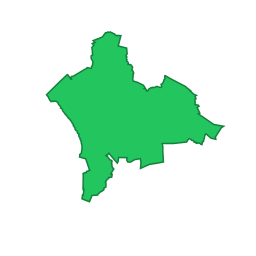 the district of Salinas Victoria, Nuevo León, Mexico, rotated 22°
{"feature_id": "50627088B71120151687353", "entity_name": "Salinas Victoria", "entity_type": "district", "adm_level": 2, "iso_a3": "MEX", "parent_name": "Mexico", "parent_adm1": "Nuevo León", "projection": "mercator", "projection_center": [-100.308, 26.122], "detail": "fine", "context": "isolated", "style": "filled", "palette": "green", "viewbox_px": 256, "rotation_deg": 22, "n_neighbors": 0, "source": "geoboundaries", "source_scale": "gbopen_adm2", "svg_char_len": 5584}
<svg xmlns="http://www.w3.org/2000/svg" viewBox="0 0 256 256"><g transform="rotate(22 128 128)"><path d="M206.1,92.6L187.8,88.5L189.0,87.3L184.4,83.0L185.7,81.2L184.7,80.5L182.9,80.8L181.6,81.3L179.3,76.2L180.1,75.5L178.3,73.5L179.2,72.1L176.4,72.1L172.6,70.6L172.4,70.6L172.1,70.6L172.3,70.1L168.4,68.9L168.2,68.9L165.9,68.0L149.4,66.4L142.8,65.5L142.6,65.9L143.0,66.8L143.0,67.1L143.9,68.1L143.8,68.7L143.3,69.2L143.4,70.7L143.6,71.3L143.4,72.8L143.1,74.0L142.3,75.2L143.4,76.3L143.7,77.2L143.3,78.1L142.4,78.2L142.1,78.4L140.8,78.6L139.9,78.5L139.2,78.6L138.6,79.2L138.3,79.3L138.0,80.0L137.4,80.6L135.8,80.9L135.2,81.8L134.7,81.7L134.0,82.3L132.6,84.3L132.4,86.2L131.3,86.7L131.1,86.7L130.9,86.3L130.5,85.5L129.3,85.1L128.4,85.3L128.9,84.5L126.4,82.6L119.9,82.1L115.0,82.5L114.1,80.9L114.0,80.2L113.7,79.5L113.3,78.6L113.4,78.1L113.2,77.8L112.9,77.1L112.9,76.4L112.5,76.0L112.8,75.0L111.8,73.9L111.0,73.5L110.7,72.9L109.8,72.8L109.6,71.0L109.7,70.3L109.2,69.7L108.6,69.3L107.7,68.6L106.8,68.3L106.1,68.4L105.1,68.8L104.7,68.8L104.3,69.0L104.2,68.3L104.1,67.9L103.5,67.1L102.4,66.6L101.4,66.3L101.6,65.6L101.5,65.0L100.9,64.7L100.4,64.2L100.2,63.7L100.4,63.3L100.4,62.6L99.4,62.2L99.0,61.7L99.5,59.7L96.8,54.4L88.2,55.6L86.8,45.1L86.5,45.3L86.0,45.3L85.7,45.6L85.3,45.7L85.2,45.6L84.9,45.6L84.1,45.8L83.8,46.0L83.6,46.5L83.3,46.6L82.7,46.4L82.3,46.6L82.0,46.7L81.5,46.6L80.7,46.0L80.0,45.8L79.8,45.9L79.5,45.8L79.1,46.0L78.6,45.9L78.4,45.9L78.1,45.7L77.9,45.7L77.6,45.8L77.4,45.7L77.2,45.8L76.9,45.8L76.7,45.8L76.3,45.8L75.7,45.5L75.0,46.1L74.3,46.4L74.0,46.4L73.4,46.7L73.2,46.7L73.2,46.8L73.1,47.2L72.9,47.3L72.7,47.6L72.4,47.7L72.0,47.7L71.9,47.8L71.5,48.0L71.4,48.2L70.2,53.1L67.8,55.5L62.9,60.0L65.5,61.1L64.0,62.1L63.2,63.2L65.3,63.8L64.3,66.8L66.1,69.9L67.0,72.0L67.4,72.5L67.4,72.9L67.8,73.5L66.8,75.0L67.9,77.4L70.8,79.9L71.5,83.3L71.6,83.5L71.2,84.6L71.5,85.6L71.7,86.5L67.5,87.3L67.5,88.0L66.6,89.1L65.5,90.4L57.7,100.7L56.7,101.0L56.2,101.9L56.3,102.2L56.2,102.4L56.3,102.6L56.5,103.2L57.4,103.7L57.5,103.9L57.1,104.2L52.5,101.4L52.4,101.3L52.0,101.3L51.7,101.3L47.4,110.5L40.0,127.7L41.2,128.5L42.1,128.8L44.8,131.3L46.9,132.4L47.1,132.2L47.9,131.5L48.2,131.5L48.6,131.5L48.8,131.1L49.2,131.0L49.4,130.9L49.6,130.9L49.9,130.7L50.1,130.5L50.6,130.3L51.0,130.2L51.1,130.3L51.5,130.2L51.7,130.3L53.0,130.5L54.4,131.8L54.8,132.1L55.2,132.2L55.8,132.7L56.5,132.8L57.6,133.9L58.3,134.4L58.5,134.5L58.8,134.7L58.7,134.8L58.8,134.8L59.1,134.8L59.3,134.8L59.5,134.9L59.6,135.1L60.0,135.5L60.3,135.6L61.2,136.6L61.6,136.9L62.4,137.3L64.5,138.7L65.1,139.0L65.3,139.1L66.0,139.1L66.3,139.4L66.9,139.9L67.3,140.0L67.7,140.3L68.0,140.3L68.3,140.7L68.8,141.1L69.3,141.2L69.5,141.4L69.8,141.3L70.1,141.4L70.3,141.5L70.6,141.6L71.1,142.1L71.5,142.2L73.8,143.7L74.1,144.1L76.2,145.3L76.3,145.5L76.2,146.1L77.7,147.1L78.8,147.8L79.2,148.7L79.8,149.3L80.2,149.5L80.2,149.4L81.4,149.7L82.5,150.6L82.8,151.4L83.2,151.8L84.9,152.0L84.8,152.8L85.4,153.9L86.0,154.4L86.9,155.3L87.3,155.3L87.9,156.5L88.2,156.7L89.1,157.5L89.3,157.5L89.5,158.1L90.2,159.0L90.4,159.4L90.5,159.6L90.5,159.8L91.2,160.6L91.9,161.4L91.9,161.7L92.7,163.3L93.2,165.0L94.2,169.0L93.9,169.4L93.8,169.7L93.4,170.2L93.2,170.6L93.6,172.0L93.9,172.3L94.0,172.8L94.0,173.1L100.3,172.4L103.0,175.5L103.6,176.2L107.9,181.2L108.5,181.4L108.5,181.6L108.2,181.8L108.1,181.7L107.6,182.0L107.4,182.5L107.1,182.9L106.8,183.2L106.4,183.3L106.1,183.5L105.8,183.8L106.0,184.7L105.9,185.0L105.3,185.4L105.1,185.6L104.9,185.5L104.7,185.6L104.3,186.1L104.1,186.2L103.8,186.6L103.5,186.8L103.4,187.1L104.1,188.4L104.5,189.3L108.4,199.4L108.7,199.7L108.5,199.8L109.4,201.9L110.1,201.5L111.7,207.1L110.9,207.2L111.9,210.9L115.8,210.9L119.9,210.8L119.9,204.0L124.8,201.7L124.6,201.4L125.2,200.1L125.5,199.6L126.3,197.6L127.1,196.8L127.2,196.6L127.8,196.1L127.8,195.9L128.0,195.5L128.5,194.8L128.8,194.4L128.2,193.3L128.5,192.6L129.6,191.0L128.2,187.3L128.1,187.2L127.3,186.8L127.6,185.1L127.4,185.0L128.8,181.9L128.9,181.1L129.1,181.2L129.2,180.8L129.6,180.8L130.1,180.3L131.3,179.7L130.7,176.9L129.6,177.3L129.3,177.0L129.2,177.0L130.2,171.4L129.8,171.0L129.3,170.8L129.2,171.0L128.8,170.8L128.2,170.2L127.8,169.9L127.6,169.4L127.2,168.8L127.0,168.4L126.5,167.6L126.3,167.1L126.0,166.3L125.8,166.4L125.7,165.9L125.5,165.6L125.7,164.9L125.6,164.7L125.2,164.3L125.0,164.2L124.4,164.3L124.0,164.2L122.7,164.2L122.3,163.8L121.6,163.3L121.1,163.2L120.1,162.5L120.1,162.4L119.2,162.1L118.7,162.1L118.4,162.0L118.2,162.0L117.8,161.9L117.7,161.7L117.9,161.3L118.5,160.8L119.1,160.6L119.4,160.2L119.5,158.9L119.6,158.5L131.2,164.6L131.4,162.7L130.3,158.9L138.2,155.9L138.8,158.2L140.6,159.6L143.2,158.6L145.6,155.4L146.0,154.9L150.9,151.8L153.0,155.2L154.7,160.8L161.7,153.5L161.8,153.6L165.0,151.6L165.0,151.3L165.1,151.2L165.5,151.3L166.5,150.8L173.6,146.2L172.0,143.0L172.0,142.8L169.5,137.7L167.1,131.9L165.9,130.3L165.5,129.6L175.8,125.4L187.7,119.0L187.8,117.3L188.2,115.9L188.6,115.2L189.1,114.8L189.9,115.0L190.7,115.0L191.6,115.6L193.2,115.2L193.5,115.3L193.9,115.7L194.5,115.8L194.7,116.4L194.8,116.4L195.4,115.8L196.0,115.7L196.2,116.3L197.2,116.5L197.4,116.2L197.9,116.3L198.6,115.6L199.6,115.4L200.1,115.3L201.7,115.8L202.8,115.7L202.5,114.7L202.4,113.9L202.1,113.5L202.4,113.1L202.6,112.8L203.0,112.3L202.6,112.1L202.7,109.7L202.4,108.2L202.4,107.7L202.0,106.8L202.1,106.2L202.0,105.8L202.2,105.4L202.2,105.0L202.1,104.8L202.6,104.7L202.9,104.4L203.0,104.3L205.1,105.1L208.6,106.3L213.7,105.6L213.5,105.1L212.3,103.8L212.7,102.3L214.4,93.0L214.5,92.7L216.0,90.6L206.1,92.6Z" fill="#22c55e" stroke="#15803d" stroke-width="1.5"/></g></svg>